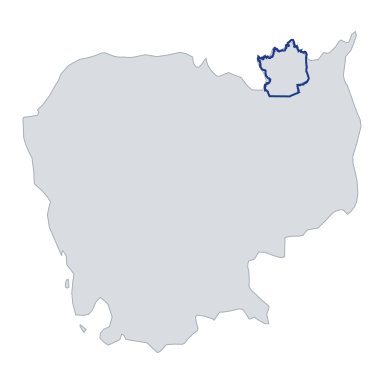 Siem Pang, Stœng Trêng, Cambodia shown in context
{"feature_id": "14789045B29647510840066", "entity_name": "Siem Pang", "entity_type": "district", "adm_level": 2, "iso_a3": "KHM", "parent_name": "Cambodia", "parent_adm1": "Stœng Trêng", "projection": "natural_earth1", "projection_center": [106.38, 14.216], "detail": "fine", "context": "in_parent", "style": "outline", "palette": "blue", "viewbox_px": 384, "rotation_deg": 0, "n_neighbors": 0, "source": "geoboundaries", "source_scale": "gbopen_adm2", "svg_char_len": 7511}
<svg xmlns="http://www.w3.org/2000/svg" viewBox="0 0 384 384"><path d="M355.3,31.5L356.4,35.6L353.7,43.4L350.8,50.5L345.5,56.7L345.2,61.2L343.4,74.8L344.1,79.1L345.4,82.8L347.1,84.8L351.8,98.0L356.0,110.1L360.2,120.0L361.0,126.3L357.1,142.2L352.7,156.8L353.1,164.0L355.0,171.3L357.1,181.0L357.8,193.4L356.7,201.5L354.7,206.5L350.9,211.7L347.5,214.3L343.4,209.9L340.2,209.7L335.9,211.1L332.5,213.1L325.6,220.6L317.9,228.0L307.2,229.9L303.1,235.3L298.7,236.1L290.3,236.3L284.8,237.6L285.0,240.4L284.6,253.3L284.7,256.4L283.8,257.2L280.0,257.5L273.6,255.6L264.9,252.4L258.7,251.9L255.5,257.5L253.6,259.7L251.2,260.0L248.7,261.0L247.9,263.6L247.7,266.7L248.9,272.1L249.3,280.7L249.0,286.5L251.3,290.2L264.6,302.6L268.6,305.7L269.0,307.6L266.7,314.3L268.8,323.8L264.6,323.6L257.6,319.6L254.3,317.1L250.2,319.1L248.8,318.7L246.1,314.0L242.5,309.2L238.9,308.9L231.1,310.8L223.2,312.1L220.1,312.1L218.9,313.0L214.3,320.1L212.3,318.8L204.3,316.1L197.0,315.1L195.5,316.9L196.4,322.7L198.0,328.4L197.1,330.8L193.1,333.8L187.8,339.1L184.5,343.3L182.2,344.3L174.2,344.1L166.1,344.7L162.9,348.6L159.9,351.6L157.3,352.5L146.8,342.8L125.9,339.4L123.7,335.1L121.7,334.3L119.7,339.8L108.2,345.2L103.5,341.9L99.9,338.0L100.5,333.2L103.8,329.3L109.5,326.5L112.2,316.7L107.9,304.1L104.1,300.4L100.1,297.5L95.8,302.2L92.3,310.2L88.6,314.4L83.3,315.3L75.7,314.9L72.7,303.0L71.8,292.7L72.9,281.0L74.0,274.1L66.7,264.5L66.3,255.4L62.8,250.7L61.7,253.1L61.8,255.7L60.8,253.8L49.3,227.1L47.4,214.7L49.4,205.1L50.6,201.9L47.3,196.9L42.6,191.2L34.3,183.7L33.8,171.9L32.0,157.9L29.5,153.2L25.7,144.6L23.7,137.5L23.0,118.7L24.1,117.1L30.0,116.6L37.6,115.2L38.8,112.2L37.5,109.7L42.3,105.4L49.3,96.1L54.7,86.3L58.6,80.2L60.9,74.0L68.7,65.4L79.5,59.4L86.8,58.0L94.4,55.9L101.7,53.0L105.1,52.8L114.1,56.3L119.0,57.2L124.1,57.1L129.5,57.5L134.1,57.1L145.2,54.7L156.9,56.6L167.4,55.1L180.4,52.3L186.7,54.0L192.5,56.9L193.4,62.6L194.7,65.2L196.6,67.3L199.2,67.2L202.5,63.2L205.3,59.1L206.2,58.4L206.3,60.4L207.7,64.9L210.2,69.3L212.7,72.2L216.8,76.1L219.5,76.2L228.4,72.6L241.7,77.9L243.3,80.6L247.6,86.0L252.2,89.9L262.6,90.2L266.3,80.6L264.5,74.8L258.6,64.6L257.0,58.6L258.9,57.5L268.9,56.4L270.5,55.2L272.7,48.6L275.5,49.4L281.0,50.2L286.9,45.7L290.4,41.0L292.3,43.2L294.3,46.5L296.6,48.4L300.8,51.3L305.5,55.3L308.4,59.2L310.7,60.7L316.7,59.6L318.2,59.8L321.7,55.0L324.1,52.4L326.2,53.2L329.2,53.1L335.4,47.0L338.9,41.5L340.9,40.0L346.4,42.7L348.7,42.2L351.9,34.5L355.3,31.5ZM68.9,287.2L67.7,287.9L66.6,287.9L65.5,286.8L65.7,282.5L66.5,279.9L68.3,279.4L68.9,287.2ZM86.2,329.5L83.9,332.4L80.1,326.5L80.2,324.8L86.2,329.5Z" fill="#d9dde1" stroke="#a8b0b8" stroke-width="1"/><path d="M306.6,55.3L306.5,55.1L306.5,54.9L306.7,54.6L306.7,54.3L306.2,53.6L306.1,53.4L306.2,53.1L305.8,52.8L305.8,52.6L305.8,52.4L305.6,52.1L305.4,52.1L305.0,51.7L304.7,51.7L304.4,52.3L304.3,52.6L304.1,52.7L303.5,52.6L303.4,52.5L303.3,52.2L303.2,52.1L302.5,52.2L302.3,52.1L302.1,51.8L301.9,51.8L301.6,51.9L301.5,51.6L300.8,51.4L300.7,51.5L300.5,51.1L300.6,50.9L300.7,50.7L300.5,50.8L300.4,50.6L300.2,50.7L300.0,50.8L299.8,50.7L299.4,50.8L299.2,50.7L298.6,51.1L298.5,50.2L298.0,50.0L298.0,49.7L297.7,49.3L297.6,49.1L297.5,48.8L297.5,48.4L297.7,48.1L297.6,47.9L297.5,47.5L297.5,47.1L297.4,47.0L297.1,47.2L296.8,47.2L296.8,46.9L296.7,46.7L296.7,46.2L296.4,46.4L296.2,46.3L295.9,46.2L295.8,46.5L295.6,46.3L294.9,46.8L294.4,46.9L294.2,46.6L294.3,46.3L294.2,46.2L294.3,46.1L294.5,45.9L294.8,45.3L294.8,45.0L294.7,44.8L294.5,44.6L294.3,44.2L294.1,44.0L294.3,43.8L294.3,43.4L294.0,43.1L294.0,42.0L293.8,41.8L293.7,41.8L293.7,41.6L293.4,41.3L293.2,40.1L293.0,39.9L292.4,40.0L291.7,39.9L291.0,40.2L290.4,40.6L290.1,41.0L290.0,41.3L289.8,41.3L289.5,41.7L288.8,42.2L288.2,42.5L287.8,42.8L287.6,43.3L287.7,43.8L288.0,44.3L288.7,45.1L288.9,45.4L289.0,45.6L288.7,45.9L288.5,46.0L286.6,45.0L286.3,45.0L286.1,45.2L285.9,45.5L285.9,46.5L286.1,47.0L286.4,47.3L286.5,47.5L286.2,48.2L285.4,48.7L285.3,48.8L285.3,49.4L285.3,49.7L284.7,50.4L284.6,50.5L283.5,50.6L282.8,50.5L282.4,50.3L282.0,50.3L280.9,50.8L280.3,50.9L279.7,51.2L279.5,51.4L279.4,51.4L279.1,51.2L279.0,51.3L278.8,51.2L278.6,51.3L278.4,51.3L278.2,51.0L278.2,50.6L277.9,50.4L277.7,50.4L277.4,50.5L277.2,50.0L277.2,49.6L277.1,49.2L276.9,49.2L276.7,48.9L276.2,49.0L276.1,48.9L275.9,48.6L275.5,48.5L275.4,48.9L275.2,48.8L275.2,48.5L274.9,47.8L274.5,47.8L274.4,48.1L274.4,48.3L274.2,49.0L274.0,49.4L273.8,49.5L273.7,49.7L273.9,49.8L273.9,50.3L274.3,50.6L274.5,51.1L274.3,51.5L274.0,51.4L274.0,51.6L273.9,52.0L273.5,52.3L273.5,53.0L273.6,53.3L273.4,53.7L273.5,54.4L273.1,54.8L272.7,55.7L272.8,56.1L272.7,56.2L272.3,56.9L272.2,56.9L271.9,56.9L271.5,56.5L271.4,56.5L271.2,56.6L271.0,56.9L270.6,57.7L270.3,58.0L269.4,58.1L268.6,57.8L268.4,57.5L268.2,56.9L268.0,56.7L267.8,56.6L267.7,56.5L267.6,56.4L267.3,56.5L266.8,56.9L266.5,57.3L266.1,57.4L266.1,57.5L265.4,56.9L265.2,56.8L265.1,56.7L265.0,56.2L264.9,56.3L264.8,56.6L264.4,56.4L264.3,56.5L264.1,56.5L263.9,56.9L263.6,57.0L263.7,57.4L263.7,57.8L263.8,58.0L263.6,58.6L263.6,58.8L263.4,59.0L263.0,58.4L262.7,58.0L262.3,58.2L262.1,58.1L262.1,58.6L261.6,58.2L261.3,58.3L261.1,58.6L260.6,58.5L260.4,58.5L260.1,58.4L259.5,57.7L259.3,57.4L259.1,57.2L258.9,56.9L258.4,56.5L258.4,57.0L258.2,57.3L258.2,57.6L258.1,57.9L258.0,58.2L258.0,58.3L258.4,58.6L258.1,59.3L258.1,60.0L258.5,60.4L258.5,60.8L259.0,61.0L259.2,60.8L259.4,60.7L259.5,60.7L259.8,60.9L259.9,61.1L260.0,61.3L259.8,61.4L259.8,61.9L260.0,62.5L260.2,63.1L260.4,63.5L260.6,64.1L260.1,64.6L260.0,65.0L260.2,65.5L260.1,65.9L260.1,66.0L260.4,66.1L260.3,66.3L260.5,66.6L260.5,67.1L260.8,67.5L261.1,67.7L261.4,68.1L261.6,68.6L261.6,69.0L262.1,69.4L262.3,69.6L262.6,69.6L263.1,69.8L263.4,69.9L263.9,70.1L265.0,70.2L265.4,70.4L265.5,70.5L265.6,71.3L265.5,72.5L265.4,73.3L265.7,74.2L266.0,75.1L266.0,75.8L266.1,76.1L266.4,76.4L266.8,76.6L267.1,76.8L267.4,77.3L267.5,77.6L267.7,77.8L268.1,78.1L268.7,78.4L268.8,78.5L269.1,78.7L269.3,78.7L269.4,78.9L269.5,78.8L269.6,79.0L270.3,79.5L269.9,80.5L270.0,80.7L269.7,80.8L269.7,81.0L269.8,81.4L269.7,81.8L269.5,82.3L269.2,82.6L268.7,83.0L268.7,82.9L268.4,83.0L267.7,83.2L267.3,83.0L267.1,83.0L266.8,83.3L266.5,83.8L266.5,84.2L266.2,84.3L266.1,84.6L265.8,84.8L265.0,84.8L264.9,84.9L264.7,85.6L265.0,86.4L265.2,86.5L264.9,86.8L264.8,87.0L265.0,87.3L265.0,87.9L265.1,88.4L265.0,88.9L265.0,89.7L265.1,90.4L265.6,90.2L266.3,90.2L266.6,90.7L267.7,91.4L267.9,91.6L268.0,92.0L267.9,92.5L268.0,92.8L268.9,94.4L268.9,94.8L268.9,95.0L269.0,95.3L269.5,95.7L269.5,95.9L269.6,96.2L290.0,96.4L291.1,95.6L292.8,95.0L295.7,93.7L297.5,93.1L299.0,92.3L298.4,91.7L298.2,91.2L298.2,90.6L298.4,90.5L298.3,90.4L298.4,90.0L298.3,89.8L298.3,89.6L298.3,89.4L298.4,89.2L297.8,88.6L297.9,88.1L297.8,87.8L297.8,87.6L297.7,87.3L297.7,86.9L297.6,86.6L297.5,86.2L297.4,86.1L297.5,85.9L297.7,85.6L297.8,85.5L297.7,85.4L297.8,85.2L297.6,84.9L298.6,84.7L298.8,84.8L299.1,84.9L299.4,85.1L299.5,85.0L299.8,85.2L300.2,85.3L300.5,85.0L300.7,84.8L300.9,84.7L301.0,84.5L301.3,84.6L301.5,84.6L301.8,84.5L302.1,84.4L302.3,84.4L302.6,84.5L302.8,84.6L303.1,84.5L303.3,84.5L303.3,84.4L303.4,84.1L303.5,84.1L303.6,83.9L303.8,83.8L303.8,83.7L304.0,83.5L304.3,83.4L304.2,83.3L304.7,83.2L305.1,82.7L305.2,82.8L305.3,82.8L305.5,82.9L305.7,82.7L305.7,82.8L305.9,82.8L306.2,82.7L306.6,82.3L306.8,82.2L307.9,80.4L308.4,79.4L308.7,78.8L308.7,78.1L308.2,76.3L306.8,72.1L306.5,71.9L306.3,71.4L306.4,69.1L306.4,68.5L306.7,67.9L306.9,66.7L306.5,66.1L306.3,63.9L306.1,60.2L306.1,57.2L306.2,56.6L306.6,55.3Z" fill="none" stroke="#1e3a8a" stroke-width="2"/></svg>